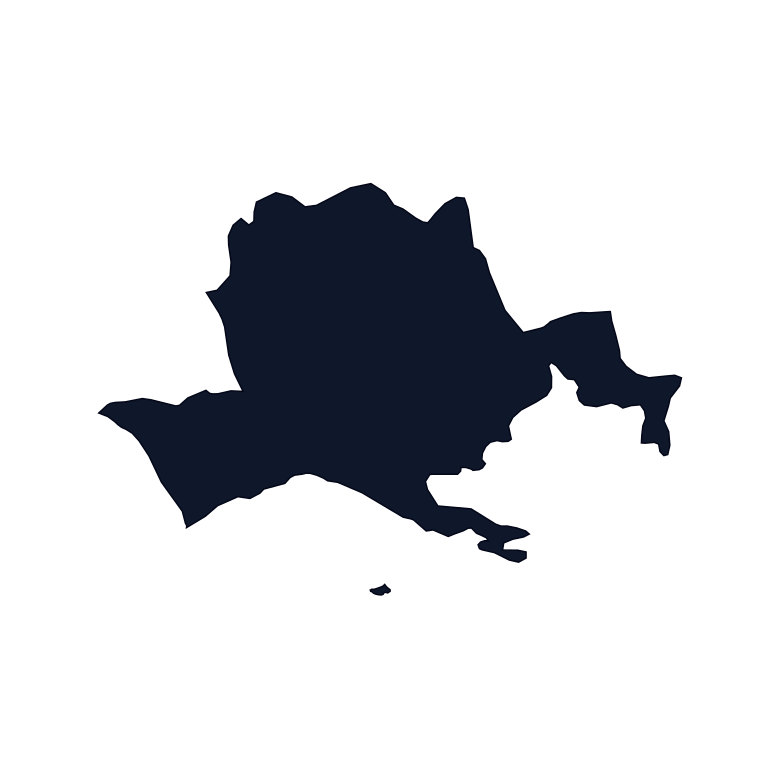 outline of Ngöbe Buglé, rotated 152°
{"feature_id": "PAN-3454", "entity_name": "Ngöbe Buglé", "entity_type": "Indigenous Territory", "adm_level": 1, "iso_a3": "PAN", "parent_name": "Panama", "parent_adm1": "", "projection": "natural_earth1", "projection_center": [-81.839, 8.721], "detail": "fine", "context": "isolated", "style": "filled", "palette": "ink", "viewbox_px": 768, "rotation_deg": 152, "n_neighbors": 0, "source": "natural_earth", "source_scale": "10m", "svg_char_len": 2932}
<svg xmlns="http://www.w3.org/2000/svg" viewBox="0 0 768 768"><g transform="rotate(152 384 384)"><path d="M297.5,275.5L301.3,275.1L306.5,277.5L310.8,281.0L317.5,282.7L323.5,281.0L329.5,276.8L333.1,271.4L331.9,266.0L336.5,263.7L340.2,263.7L346.0,266.0L346.8,267.8L350.8,271.8L355.2,274.2L357.3,271.1L361.4,269.8L385.8,282.7L393.2,278.5L395.2,270.3L393.7,251.0L365.7,232.8L351.2,207.8L347.4,203.6L342.0,200.8L334.3,194.5L327.9,187.7L326.2,183.3L332.6,183.4L343.1,186.5L352.9,187.5L357.3,181.7L343.9,174.4L337.4,169.0L340.3,163.6L348.8,163.5L356.0,169.7L365.7,183.3L375.3,191.6L377.0,193.8L376.4,197.9L373.0,199.1L368.8,198.4L365.7,196.7L365.7,200.0L369.1,204.7L372.4,208.8L374.4,215.8L377.5,217.2L382.9,217.2L392.6,218.6L398.8,219.2L409.2,232.1L415.7,234.4L421.7,250.2L423.8,252.5L429.6,257.4L454.4,298.3L471.0,318.9L479.2,325.0L481.7,329.4L486.1,335.0L491.0,339.7L494.6,341.8L498.3,342.7L505.8,345.5L510.8,345.5L518.1,342.8L539.6,347.7L544.6,345.9L556.1,345.9L565.9,353.1L588.0,354.7L603.9,351.1L625.8,349.9L624.6,351.6L624.7,354.2L621.8,366.3L626.6,401.8L625.3,430.9L626.9,448.7L629.4,458.8L633.0,465.0L636.1,469.0L638.0,473.0L639.5,477.4L643.1,484.9L649.5,492.3L638.1,495.3L634.6,495.3L630.0,493.9L620.9,489.7L604.2,484.6L597.2,479.5L578.1,462.3L574.4,461.2L563.7,463.8L544.2,462.0L542.2,457.4L539.8,455.6L535.2,453.3L522.4,449.8L511.9,443.6L511.2,463.3L507.5,482.4L497.9,509.2L496.5,517.2L496.2,524.2L497.9,548.2L487.4,545.1L469.1,551.8L461.8,563.3L455.9,579.7L451.9,587.7L442.7,595.0L432.5,597.2L428.7,587.8L422.5,588.7L417.9,596.8L411.2,604.5L389.6,603.6L377.5,592.3L370.6,577.5L359.7,573.4L321.4,572.9L301.5,567.1L293.0,552.2L291.4,537.3L285.1,529.6L278.2,515.7L273.6,508.7L269.7,505.8L265.7,507.3L258.8,510.3L245.4,514.6L232.5,514.8L225.8,510.4L227.8,498.6L241.2,462.6L237.1,457.1L235.6,447.0L238.7,432.8L242.6,392.2L236.9,363.9L236.3,363.9L219.2,359.6L215.9,359.2L210.1,360.2L207.9,360.9L196.6,359.3L183.8,357.0L176.3,354.5L168.9,350.2L150.9,342.1L150.2,341.7L153.4,332.7L156.5,318.3L160.4,303.0L163.5,295.8L161.9,285.9L156.5,274.1L147.2,265.1L131.7,258.8L123.2,255.2L118.5,249.8L124.0,243.5L137.9,237.2L143.3,230.9L154.2,220.1L155.0,208.3L160.4,195.7L166.6,188.5L170.5,189.4L172.0,194.8L169.7,202.0L172.8,205.6L181.3,209.2L184.4,211.1L180.6,217.4L175.1,225.5L168.9,230.9L166.6,238.1L167.4,245.3L175.9,248.9L184.4,250.7L187.5,256.1L192.2,260.6L206.9,264.2L217.0,271.4L219.3,277.7L217.8,285.9L213.1,289.5L213.9,298.5L219.3,302.1L220.9,306.6L223.2,319.2L226.3,324.6L230.2,322.8L232.5,312.0L237.9,302.1L245.7,297.6L258.1,296.7L275.2,296.7L286.0,294.0L293.8,288.6L296.9,277.8L297.5,275.5L297.5,275.5ZM478.9,197.8L480.0,199.1L482.3,199.8L483.2,198.8L485.2,198.9L487.6,200.4L489.8,202.2L491.4,204.1L492.0,205.9L493.1,207.2L492.9,208.5L491.1,208.5L489.0,207.3L485.5,206.7L481.3,206.1L479.4,206.1L477.5,206.7L477.0,203.6L476.1,201.4L475.2,199.5L475.9,198.1L478.9,197.8Z" fill="#0f172a" stroke="#020617" stroke-width="1.5"/></g></svg>